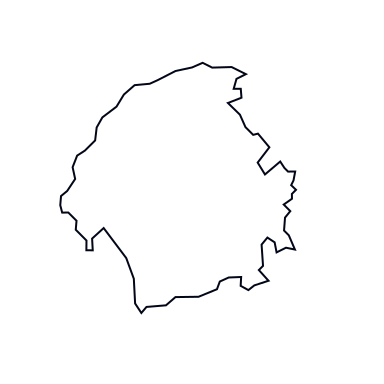 Khatirchi, Navoi, Uzbekistan (Mercator projection), rotated 134°
{"feature_id": "79887680B3077995484164", "entity_name": "Khatirchi", "entity_type": "district", "adm_level": 2, "iso_a3": "UZB", "parent_name": "Uzbekistan", "parent_adm1": "Navoi", "projection": "mercator", "projection_center": [65.889, 40.157], "detail": "fine", "context": "isolated", "style": "outline", "palette": "ink", "viewbox_px": 384, "rotation_deg": 134, "n_neighbors": 0, "source": "geoboundaries", "source_scale": "gbopen_adm2", "svg_char_len": 1116}
<svg xmlns="http://www.w3.org/2000/svg" viewBox="0 0 384 384"><g transform="rotate(134 192 192)"><path d="M83.9,228.6L88.8,233.7L79.7,238.6L69.8,235.1L74.6,250.3L88.5,263.9L91.7,274.1L102.4,278.5L116.4,287.9L135.4,294.4L143.5,297.6L155.0,307.5L169.2,308.7L183.0,305.6L200.6,308.3L211.8,305.4L222.2,297.5L236.6,297.8L245.6,299.9L257.1,295.1L263.8,285.1L278.0,282.5L285.9,283.4L293.0,277.6L297.0,271.1L292.7,266.7L292.9,255.1L299.9,249.4L300.2,234.2L307.3,227.5L302.9,222.9L294.9,231.5L279.3,230.5L285.2,193.4L294.8,173.6L311.7,155.5L314.2,144.4L306.3,144.9L291.6,132.0L279.1,130.9L262.8,114.5L244.6,106.5L237.1,109.8L228.0,106.2L219.0,97.6L225.7,91.8L223.4,83.3L215.9,82.3L202.7,75.3L201.7,89.7L195.8,89.6L181.5,105.4L172.4,106.1L170.8,97.6L176.7,89.2L166.8,85.7L161.9,78.0L155.9,92.3L155.8,99.0L145.8,107.3L137.5,108.0L137.3,117.3L127.4,115.4L124.0,118.8L118.2,118.7L118.2,125.4L113.2,127.0L105.6,132.0L110.6,137.1L110.5,142.2L108.8,149.7L128.7,151.7L125.2,165.2L106.1,167.4L104.2,185.1L108.4,187.7L108.2,198.6L103.1,211.2L103.0,228.0L89.8,221.9L83.9,228.6Z" fill="none" stroke="#020617" stroke-width="2"/></g></svg>